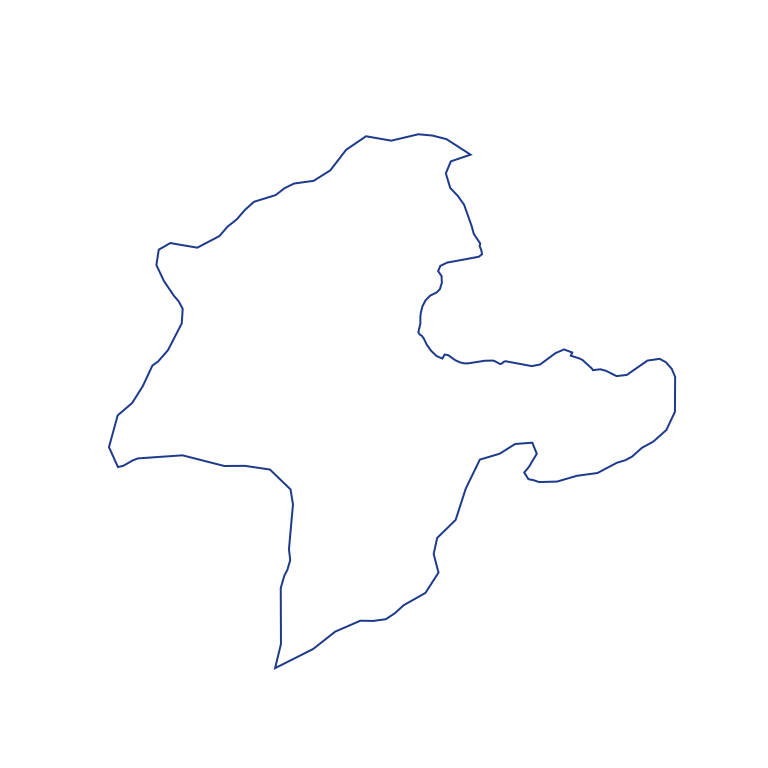 the border of Malatya, rotated 344°
{"feature_id": "TUR-2284", "entity_name": "Malatya", "entity_type": "Province", "adm_level": 1, "iso_a3": "TUR", "parent_name": "Turkey", "parent_adm1": "", "projection": "natural_earth1", "projection_center": [38.295, 38.485], "detail": "fine", "context": "isolated", "style": "outline", "palette": "blue", "viewbox_px": 768, "rotation_deg": 344, "n_neighbors": 0, "source": "natural_earth", "source_scale": "10m", "svg_char_len": 1954}
<svg xmlns="http://www.w3.org/2000/svg" viewBox="0 0 768 768"><g transform="rotate(344 384 384)"><path d="M372.4,169.3L391.3,163.8L412.2,148.4L435.0,140.9L458.1,152.1L485.8,153.4L499.0,158.5L511.5,165.8L530.4,187.4L509.6,188.4L501.5,198.6L501.7,213.8L506.7,223.3L510.4,233.8L511.8,256.3L511.7,264.3L515.2,275.5L514.0,277.7L514.4,282.6L514.0,286.3L510.2,287.8L478.1,284.7L470.7,286.0L467.1,290.5L469.1,296.1L467.5,302.7L463.9,308.2L459.9,310.5L452.7,311.8L446.9,315.1L442.4,319.9L439.1,325.5L437.5,329.4L435.6,336.0L431.3,343.6L431.9,346.1L433.8,348.4L434.9,351.8L435.9,357.9L438.5,365.2L442.3,371.7L447.1,375.6L450.4,372.4L453.7,374.0L458.9,380.6L462.8,384.0L466.4,386.1L470.2,387.3L487.2,389.4L495.1,391.5L496.5,392.3L501.2,396.9L503.3,396.7L505.0,395.7L507.1,395.6L530.9,407.5L539.4,408.3L557.3,401.6L566.6,400.4L573.6,405.6L571.4,408.3L579.0,413.4L581.4,415.6L588.1,426.4L588.6,428.3L596.1,429.5L601.0,432.5L609.7,440.5L619.9,442.2L643.7,434.1L655.9,435.8L661.0,440.8L664.8,448.8L665.8,457.5L656.0,490.9L642.8,506.0L627.0,513.6L614.4,516.4L602.4,522.2L594.6,523.8L586.2,523.9L564.7,528.4L544.1,525.4L523.5,525.5L506.0,521.0L501.3,517.7L496.6,515.3L494.4,507.7L500.4,503.7L511.6,493.2L510.4,481.3L493.5,477.8L475.9,482.9L455.3,483.1L433.9,506.9L415.4,534.4L392.7,546.6L384.9,561.1L384.4,580.3L366.3,596.2L341.8,602.1L331.6,607.2L321.0,610.6L308.4,608.8L295.9,605.0L268.8,608.6L242.8,619.2L201.0,627.1L213.3,605.5L228.5,551.7L235.4,540.7L239.9,536.0L245.3,527.5L247.1,516.6L263.3,474.7L265.1,459.6L250.8,434.8L227.9,424.4L207.9,418.8L170.6,397.0L127.0,387.7L121.4,388.2L110.7,390.8L105.4,390.5L102.2,368.9L119.4,340.7L136.6,332.9L151.5,319.6L166.5,302.4L173.0,300.1L185.6,292.0L206.3,270.0L211.2,256.3L209.5,248.2L206.1,240.6L200.8,224.2L198.0,206.9L204.5,192.8L217.4,189.6L242.1,201.5L266.6,196.4L277.0,189.6L288.1,185.0L298.5,178.2L309.3,173.0L332.1,172.5L342.2,168.4L352.7,166.5L372.4,169.3Z" fill="none" stroke="#1e3a8a" stroke-width="2"/></g></svg>